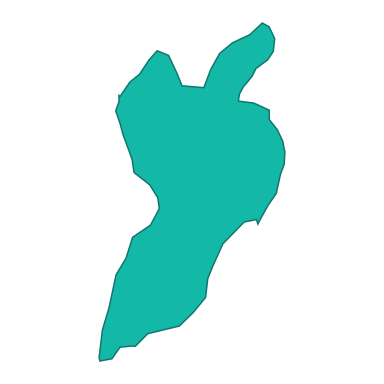 the district of Foinikas, Paphos, Cyprus
{"feature_id": "46923920B81227312905849", "entity_name": "Foinikas", "entity_type": "district", "adm_level": 2, "iso_a3": "CYP", "parent_name": "Cyprus", "parent_adm1": "Paphos", "projection": "equal_earth", "projection_center": [32.569, 34.745], "detail": "fine", "context": "isolated", "style": "filled", "palette": "teal", "viewbox_px": 384, "rotation_deg": 0, "n_neighbors": 0, "source": "geoboundaries", "source_scale": "gbopen_adm2", "svg_char_len": 935}
<svg xmlns="http://www.w3.org/2000/svg" viewBox="0 0 384 384"><path d="M135.3,346.3L147.7,333.7L179.4,326.0L193.4,312.3L205.6,297.4L207.8,278.4L212.9,265.9L222.9,243.8L244.2,222.0L256.4,219.6L257.9,224.1L260.8,218.4L268.2,205.1L276.3,193.4L280.4,174.6L284.2,164.2L284.9,151.9L284.0,147.6L282.7,141.0L277.3,129.7L269.3,119.6L269.3,110.3L254.0,103.1L238.4,101.1L239.4,94.1L243.2,87.1L252.1,76.3L255.9,68.6L267.7,59.8L273.3,51.5L274.7,38.6L269.1,26.8L262.3,23.0L249.8,34.7L232.6,42.7L219.6,53.5L210.8,69.3L203.8,87.7L182.0,85.8L177.4,74.3L168.6,55.4L157.1,50.8L149.0,60.0L139.5,74.3L130.0,81.9L120.2,96.2L119.0,95.4L119.0,101.6L115.7,110.9L119.9,123.0L123.2,135.1L129.1,151.1L132.2,159.9L134.0,172.5L149.8,184.9L157.8,197.8L159.3,208.6L150.5,225.1L132.6,237.3L126.0,258.3L116.1,274.8L109.1,307.5L102.4,330.1L99.1,357.5L99.8,361.0L111.9,358.8L120.0,347.2L131.9,346.0L135.3,346.3Z" fill="#14b8a6" stroke="#0f766e" stroke-width="1.5"/></svg>